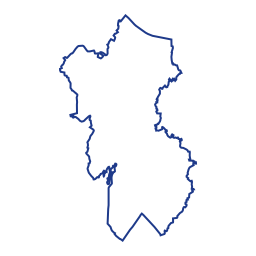 Son Tay, Ha Noi, Vietnam
{"feature_id": "81297802B79469395018575", "entity_name": "Son Tay", "entity_type": "district", "adm_level": 2, "iso_a3": "VNM", "parent_name": "Vietnam", "parent_adm1": "Ha Noi", "projection": "equal_earth", "projection_center": [105.481, 21.097], "detail": "fine", "context": "isolated", "style": "outline", "palette": "blue", "viewbox_px": 256, "rotation_deg": 0, "n_neighbors": 0, "source": "geoboundaries", "source_scale": "gbopen_adm2", "svg_char_len": 5825}
<svg xmlns="http://www.w3.org/2000/svg" viewBox="0 0 256 256"><path d="M122.6,240.6L130.1,229.7L132.5,226.9L140.0,216.1L140.6,215.0L141.8,213.6L143.3,214.9L154.5,227.0L160.3,234.2L160.6,235.3L164.4,234.0L164.7,233.6L164.8,232.9L164.6,231.4L164.6,231.0L164.8,230.6L166.3,231.2L166.7,231.1L167.2,230.2L167.5,228.4L168.3,228.1L168.4,226.4L168.6,225.8L170.9,223.1L173.0,222.4L173.1,221.6L173.0,218.4L176.9,217.9L177.4,217.1L177.3,216.1L179.9,213.1L182.0,211.7L182.4,211.2L182.9,210.1L183.2,208.3L183.7,207.3L184.1,207.0L185.3,207.3L186.4,205.9L186.6,205.2L186.5,204.5L185.5,204.1L185.4,203.2L185.5,202.5L186.6,201.9L186.6,201.6L186.4,200.4L186.5,200.0L187.9,199.6L187.4,198.3L189.1,197.5L189.3,194.0L192.8,191.8L192.9,191.3L192.2,190.7L192.2,190.0L192.5,189.6L193.8,189.4L193.5,188.9L191.9,189.0L191.7,188.9L192.1,186.5L191.7,184.5L192.0,182.1L191.9,181.3L191.7,180.8L190.5,181.3L188.8,179.9L187.8,178.9L188.2,178.1L186.6,176.8L186.6,175.9L188.0,174.1L187.6,173.0L188.6,169.4L189.5,167.6L190.1,167.1L193.6,165.2L193.2,164.2L193.3,163.6L193.6,163.3L194.2,163.2L195.4,163.6L196.0,163.6L195.9,162.2L194.4,162.1L194.3,161.4L193.2,161.6L193.0,160.7L189.3,160.6L189.0,159.6L189.7,159.6L190.3,159.1L190.0,157.8L189.7,155.7L189.8,152.3L189.7,151.7L188.2,151.7L187.5,150.3L186.5,149.5L183.3,147.9L181.2,147.7L180.3,146.8L180.1,146.4L180.1,145.5L180.5,143.1L179.8,141.2L180.0,140.6L181.3,140.6L181.7,140.3L181.7,139.5L181.4,138.9L180.3,139.4L180.0,139.1L178.6,139.0L178.4,138.9L178.2,137.9L177.9,137.5L176.7,138.0L175.6,137.5L174.7,137.8L173.7,137.7L173.2,137.4L173.1,137.0L173.5,135.2L172.7,134.7L172.7,135.2L171.8,134.9L171.5,135.3L171.3,135.9L171.6,136.9L170.6,137.6L170.1,137.6L168.1,136.2L167.4,135.1L166.9,133.6L165.5,132.1L165.5,131.5L166.8,131.2L166.8,130.4L165.3,129.6L163.9,128.0L162.6,127.0L162.1,127.2L162.3,128.9L162.2,129.2L159.3,130.4L158.6,130.7L157.2,130.4L156.2,130.6L156.0,129.4L155.7,129.1L155.5,128.3L156.4,127.9L156.4,126.9L156.2,126.2L155.3,126.1L155.0,125.2L155.6,124.9L156.8,124.9L157.7,123.7L158.1,123.6L158.4,123.8L160.0,121.3L160.4,120.0L160.4,119.3L160.8,118.4L160.8,117.8L160.3,116.6L160.7,113.5L157.2,113.4L156.3,111.6L156.7,110.9L157.4,110.5L157.3,109.4L157.2,109.1L156.5,108.9L156.4,108.7L156.3,108.3L156.5,107.1L155.8,106.4L155.1,104.7L155.6,103.6L156.5,102.8L156.4,102.2L157.3,102.3L157.4,101.0L156.6,99.4L156.8,98.9L157.5,99.2L157.4,98.4L157.8,97.1L159.9,93.7L159.9,91.0L159.2,89.6L160.1,88.1L160.5,87.9L161.9,88.5L162.0,88.8L162.4,88.8L162.7,87.9L164.9,85.6L165.6,86.7L166.1,87.2L166.5,87.3L167.3,87.0L167.4,86.3L168.4,84.7L168.7,81.9L169.5,81.2L168.9,79.6L169.5,78.7L171.6,81.4L172.3,80.8L171.9,80.0L172.9,78.7L173.8,79.8L174.3,79.1L175.2,80.8L176.3,79.5L176.2,78.0L176.6,76.8L178.9,74.2L180.0,73.8L180.1,73.1L181.4,72.9L180.3,70.5L179.3,70.4L178.8,70.1L178.3,69.4L177.1,65.4L175.9,65.3L174.9,64.6L173.4,64.6L173.4,64.0L173.0,63.9L172.9,63.3L172.3,63.4L171.7,60.2L171.4,56.8L172.0,52.7L171.6,52.4L172.9,48.0L172.7,46.4L171.5,46.0L171.4,39.5L152.5,35.8L148.0,34.0L145.6,32.7L136.2,26.0L134.5,24.5L128.4,17.9L125.5,15.4L120.7,21.4L120.2,21.4L120.0,20.4L119.7,20.2L119.3,20.2L118.7,20.6L118.1,23.4L118.0,25.6L118.6,26.0L118.3,28.7L116.6,30.5L117.9,32.2L115.6,33.7L114.8,33.8L113.6,35.5L115.0,37.1L115.2,37.6L114.8,39.1L114.0,40.8L111.0,39.2L108.8,42.3L108.6,43.6L108.3,44.0L107.3,44.6L108.2,46.3L108.4,47.7L107.5,49.0L107.6,53.4L107.2,54.4L106.7,55.0L106.1,55.2L105.4,55.2L105.1,54.8L104.9,54.2L102.7,52.7L101.4,52.2L100.4,52.2L100.1,53.4L103.3,55.8L102.6,56.9L101.2,58.2L100.8,58.4L97.8,57.0L97.8,56.2L98.4,53.9L98.3,53.3L95.9,53.6L94.9,53.4L94.4,51.2L93.9,50.5L89.9,51.4L87.8,51.4L86.9,50.6L84.1,46.7L83.4,46.0L82.6,45.7L78.6,46.0L77.6,46.6L75.6,48.9L73.0,52.7L72.2,53.4L71.6,53.4L70.6,54.1L67.1,57.9L66.7,57.9L65.6,57.2L65.1,57.1L63.6,58.1L65.2,60.1L64.1,61.9L63.8,63.2L63.0,64.6L61.9,65.4L61.2,66.5L61.8,68.1L60.0,68.9L60.1,70.4L60.7,71.8L64.4,72.5L64.5,75.0L65.2,75.6L66.7,75.8L67.0,77.3L67.7,77.4L68.5,77.8L68.8,80.4L70.3,82.6L70.6,83.4L70.5,87.9L71.7,89.6L71.9,90.4L72.9,90.7L77.3,94.5L77.3,95.7L76.7,97.4L77.1,102.1L76.9,104.5L77.0,113.2L70.4,114.9L70.7,116.3L71.5,116.4L71.7,115.6L73.3,115.5L72.8,117.3L73.1,117.6L73.5,117.6L74.4,117.0L75.0,116.9L75.7,117.0L78.4,119.0L80.0,120.8L81.6,121.6L83.1,121.3L84.4,120.6L84.8,120.0L88.8,116.3L90.0,115.7L90.4,116.2L90.1,117.4L89.5,119.0L89.8,120.1L90.7,120.6L90.9,122.8L91.6,125.7L89.9,127.3L93.3,129.6L93.8,130.4L93.6,131.3L92.2,133.9L90.6,135.8L90.1,137.0L89.7,138.8L87.4,142.3L87.8,143.5L88.0,145.3L87.4,147.7L88.3,148.2L87.4,151.7L86.2,152.8L86.3,153.5L89.1,156.5L89.4,159.0L90.2,161.3L89.6,163.3L88.6,163.5L88.7,165.3L87.6,168.3L87.6,169.0L88.8,172.7L91.3,176.0L93.2,177.9L93.6,179.4L94.2,179.4L95.3,179.0L97.3,177.1L98.2,177.5L98.8,177.4L99.0,177.0L99.1,175.9L100.2,174.9L100.7,173.9L101.8,173.6L102.9,172.8L103.2,171.6L104.0,170.7L104.3,170.9L104.3,171.2L103.9,172.1L104.0,172.9L103.6,174.5L103.6,176.0L103.8,176.3L104.2,175.7L104.2,174.1L105.0,173.2L105.4,172.3L105.7,172.0L106.6,172.1L106.6,171.5L106.3,170.7L107.2,168.6L108.4,167.0L109.0,166.8L109.4,167.4L109.3,169.3L110.0,171.5L110.0,172.3L109.2,174.5L108.8,177.2L108.4,177.8L107.4,178.4L107.4,178.8L108.1,179.4L108.1,179.8L108.0,180.5L107.2,182.0L107.1,182.5L107.5,183.7L108.1,184.2L108.5,184.1L109.0,183.7L109.4,182.3L109.9,176.6L110.5,173.9L111.3,172.7L110.6,170.4L110.8,169.2L112.6,167.5L112.9,167.0L112.9,166.0L113.2,165.7L114.9,165.5L115.0,164.1L115.2,163.7L115.8,163.7L116.3,164.1L116.4,164.8L115.8,166.2L114.8,166.9L114.5,167.4L114.9,170.7L114.9,171.4L114.1,172.1L113.1,172.1L112.9,173.4L112.3,174.2L111.8,175.8L111.5,177.8L111.9,183.2L111.7,183.8L108.9,187.2L108.6,188.0L108.6,205.2L108.2,209.0L107.6,223.7L110.5,226.9L111.5,229.8L112.0,230.7L113.8,232.5L115.0,233.2L114.6,234.0L116.1,235.9L119.8,238.9L120.4,239.0L122.6,240.6Z" fill="none" stroke="#1e3a8a" stroke-width="2"/></svg>